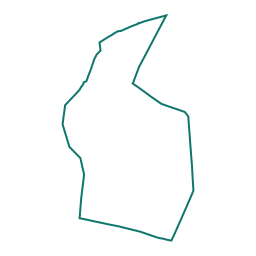 outline of Lierne nor, Nord-Trøndelag, Norway
{"feature_id": "86288312B74220528840082", "entity_name": "Lierne nor", "entity_type": "district", "adm_level": 2, "iso_a3": "NOR", "parent_name": "Norway", "parent_adm1": "Nord-Trøndelag", "projection": "mercator", "projection_center": [13.62, 64.418], "detail": "fine", "context": "isolated", "style": "outline", "palette": "teal", "viewbox_px": 256, "rotation_deg": 0, "n_neighbors": 0, "source": "geoboundaries", "source_scale": "gbopen_adm2", "svg_char_len": 1831}
<svg xmlns="http://www.w3.org/2000/svg" viewBox="0 0 256 256"><path d="M79.6,218.2L90.1,220.4L99.8,222.5L108.3,224.3L118.9,226.4L126.4,228.3L129.5,229.0L133.8,230.1L140.3,231.7L151.0,235.4L151.8,235.7L158.5,237.9L163.1,238.7L167.7,239.9L171.4,240.6L173.4,236.4L176.0,230.6L177.7,226.7L181.0,219.4L183.0,214.7L186.0,208.0L188.0,203.3L189.0,201.0L189.6,199.7L193.4,190.8L193.3,188.5L193.2,186.9L192.7,178.9L192.5,175.3L192.4,173.2L192.0,166.0L191.3,157.5L190.1,141.5L189.6,134.3L188.8,124.1L188.3,116.5L186.4,114.0L184.8,112.0L181.2,110.7L168.0,106.2L161.5,103.9L159.1,102.3L150.9,96.6L144.9,92.1L144.6,91.9L138.5,87.5L137.5,86.8L132.9,83.6L133.0,83.5L132.9,83.4L133.1,83.2L133.4,82.1L134.0,80.4L135.1,77.4L135.7,75.8L136.2,74.6L136.4,74.0L138.8,67.5L139.1,66.8L139.2,66.6L145.4,55.0L149.8,46.6L151.9,42.6L152.4,41.7L152.6,41.3L154.0,38.6L155.8,35.2L156.4,34.0L156.5,33.9L159.3,28.5L163.3,21.0L163.8,20.0L164.5,18.7L166.3,15.4L152.1,19.2L145.2,21.1L143.2,21.7L141.6,22.3L140.5,22.7L139.3,23.2L139.2,23.2L138.9,23.0L138.7,23.0L138.6,23.3L138.4,23.3L138.2,23.4L138.2,23.5L137.9,23.6L137.7,23.7L137.7,23.8L137.6,24.0L137.4,24.1L136.5,24.4L135.7,24.7L134.6,25.1L134.2,25.2L134.0,25.3L133.5,25.5L132.2,26.0L131.4,26.3L120.8,31.0L120.7,31.0L120.7,30.9L120.4,30.9L120.3,31.0L120.2,31.0L119.9,31.1L118.6,31.2L117.7,31.3L117.5,31.5L117.4,31.5L117.2,31.6L116.3,32.1L115.4,32.6L113.7,33.7L111.2,35.3L108.2,37.0L102.5,40.6L99.5,42.4L99.9,45.2L100.5,50.6L98.0,53.2L96.6,54.6L96.3,55.3L95.9,56.1L94.3,59.1L91.2,68.2L90.6,69.9L88.5,75.5L88.2,76.2L86.4,81.2L83.7,82.3L83.3,84.2L82.6,85.1L80.8,87.5L79.6,89.8L75.7,94.0L65.2,105.1L64.7,108.2L64.7,108.3L64.7,108.7L64.6,108.9L64.6,109.3L64.5,109.6L64.5,110.1L64.3,111.5L63.6,116.5L62.6,124.4L69.4,146.9L80.4,158.1L84.1,174.7L81.2,198.3L79.6,218.2Z" fill="none" stroke="#0f766e" stroke-width="2"/></svg>